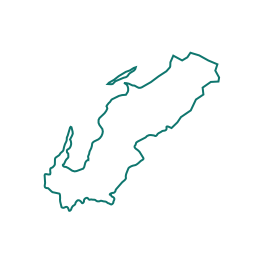 the Autonomous Province of Analanjirofo, rotated 214°
{"feature_id": "MDG-5863", "entity_name": "Analanjirofo", "entity_type": "Autonomous Province", "adm_level": 1, "iso_a3": "MDG", "parent_name": "Madagascar", "parent_adm1": "", "projection": "albers", "projection_center": [49.502, -16.347], "detail": "fine", "context": "isolated", "style": "outline", "palette": "teal", "viewbox_px": 256, "rotation_deg": 214, "n_neighbors": 0, "source": "natural_earth", "source_scale": "10m", "svg_char_len": 5082}
<svg xmlns="http://www.w3.org/2000/svg" viewBox="0 0 256 256"><g transform="rotate(214 128 128)"><path d="M177.0,96.8L175.3,97.0L171.9,94.0L170.6,92.4L170.1,90.2L169.7,86.5L169.6,86.0L168.7,85.6L167.7,84.8L166.8,83.8L166.2,83.0L165.8,82.1L165.4,80.9L165.2,79.7L165.2,78.5L165.6,77.3L166.1,76.3L166.2,75.4L165.5,74.3L165.0,73.8L164.6,73.6L164.2,73.5L163.6,73.5L163.2,73.3L161.2,70.6L161.1,69.7L161.5,67.4L161.5,66.1L160.9,62.4L161.0,62.0L161.3,61.6L161.4,61.1L160.9,60.4L160.6,60.3L159.3,60.2L157.4,61.1L154.9,61.4L150.3,61.4L148.0,62.2L146.5,63.6L142.4,69.3L142.5,71.2L144.0,75.4L144.1,76.5L144.0,77.5L143.3,79.5L143.1,79.5L143.6,80.4L144.4,81.2L145.2,82.1L145.7,84.6L146.7,87.0L147.2,90.7L147.9,92.9L148.9,94.9L149.1,95.7L148.9,97.0L148.4,98.2L146.2,102.0L145.6,104.1L145.5,106.6L146.0,109.0L146.9,111.0L148.7,112.8L153.3,114.5L155.3,115.8L156.9,118.2L157.2,120.3L155.7,127.1L155.6,129.9L156.0,132.5L157.2,133.6L158.0,134.0L158.1,135.1L157.9,138.0L157.6,139.0L157.5,139.6L157.5,142.1L157.2,143.0L153.5,149.5L151.4,151.9L148.3,154.4L148.4,157.8L148.9,159.3L150.0,160.9L151.5,162.3L153.0,163.1L154.6,163.3L156.5,163.1L154.4,164.3L152.1,165.2L148.1,165.8L146.3,166.8L142.8,167.1L141.4,167.4L140.3,168.2L139.4,169.3L134.7,178.8L131.5,188.0L127.9,196.5L127.2,201.7L127.5,202.8L129.6,206.2L130.9,213.3L120.9,214.3L118.3,219.8L118.3,225.3L109.6,228.0L99.1,228.9L89.5,230.8L87.7,224.4L80.7,220.8L79.0,217.1L85.1,212.5L88.7,203.2L84.2,197.9L87.6,189.6L85.8,177.7L90.2,166.7L90.2,160.3L91.9,152.3L95.3,151.7L95.8,151.5L96.4,151.2L96.7,150.8L96.7,150.4L96.5,150.1L95.9,149.3L95.5,148.7L95.4,148.2L95.4,147.7L95.7,147.0L96.0,146.5L96.4,146.1L97.1,145.5L97.7,144.9L98.0,144.4L98.7,142.7L99.6,141.1L99.9,140.3L100.1,139.6L100.1,138.7L100.1,138.0L100.4,137.1L100.8,136.7L101.2,136.5L101.6,136.5L102.0,136.4L102.4,136.3L105.2,134.9L106.6,133.8L107.6,132.2L107.8,131.7L107.9,131.3L108.0,130.5L108.3,129.7L112.5,122.0L112.8,121.1L113.0,120.5L112.9,120.1L112.8,119.7L112.4,118.6L112.3,118.2L112.4,117.4L112.4,117.0L112.3,116.5L112.1,116.2L111.9,115.9L111.6,115.7L110.9,115.4L110.1,115.2L107.3,115.1L105.1,114.7L98.5,111.7L98.3,111.5L98.0,111.2L97.9,110.8L98.0,110.1L99.0,107.8L99.6,105.3L99.6,105.1L100.3,103.0L100.8,101.9L101.2,101.3L102.9,99.5L103.9,98.1L104.8,96.3L105.0,95.7L105.1,95.2L105.0,94.3L104.1,90.1L103.7,88.6L103.1,87.2L102.7,86.5L101.8,85.4L101.6,85.1L101.5,84.7L101.5,84.2L101.5,83.8L101.6,82.9L102.5,79.7L103.6,70.7L103.6,70.3L103.6,69.9L103.5,69.5L103.3,69.2L103.2,68.7L103.1,68.2L103.2,67.2L103.4,66.7L103.6,66.3L104.8,65.3L105.5,64.3L105.9,63.7L106.0,63.2L106.0,62.9L105.8,62.6L105.5,62.6L104.9,62.8L104.5,62.9L104.2,62.7L103.9,62.5L103.6,62.3L103.2,62.2L102.9,62.2L102.1,62.3L101.7,62.4L101.3,62.4L100.8,62.3L100.5,62.2L100.1,62.0L99.9,61.8L99.6,61.5L99.3,60.8L99.2,60.4L99.1,60.0L99.0,59.1L98.9,58.7L98.5,58.1L98.4,57.6L98.4,57.0L98.6,56.0L98.9,55.5L99.2,55.2L100.0,55.0L101.8,54.8L102.6,54.5L103.0,54.5L103.4,54.5L104.2,54.6L104.7,54.6L105.1,54.5L105.5,54.4L107.5,53.4L109.0,52.9L109.7,52.6L110.0,52.3L110.3,51.9L110.7,51.3L111.0,51.0L111.4,50.7L112.0,50.3L112.3,50.2L112.7,50.0L113.1,50.0L113.6,49.9L114.5,50.0L115.0,50.0L115.6,49.8L117.6,48.6L118.3,48.3L118.7,48.1L119.4,47.4L119.6,47.1L120.0,47.0L120.4,46.9L120.8,46.9L121.9,47.3L122.4,47.3L122.9,47.2L123.4,46.8L123.7,46.4L123.9,46.0L124.2,45.3L124.2,44.8L124.3,44.4L124.2,43.9L124.1,43.5L123.9,43.2L123.5,42.6L123.4,42.3L123.3,41.8L123.3,41.3L123.4,40.7L123.6,40.3L123.9,40.1L124.3,40.1L124.6,40.2L125.7,40.6L126.6,40.8L127.5,40.8L128.0,40.7L128.5,40.5L129.1,40.1L129.3,39.7L129.5,39.3L129.7,37.9L129.7,37.0L129.6,36.6L129.5,36.2L129.3,35.7L129.2,35.4L129.2,34.9L129.3,34.4L129.9,32.8L130.1,32.4L130.1,31.5L130.1,30.6L129.7,29.0L129.6,28.5L129.6,27.9L129.8,27.1L130.1,26.7L130.4,26.5L130.8,26.6L131.1,26.8L132.7,28.0L132.9,28.1L133.2,28.2L133.6,28.3L134.0,28.4L134.5,28.4L134.9,28.2L135.4,27.8L136.6,26.0L136.9,25.7L137.2,25.5L137.6,25.4L138.2,25.2L138.8,25.2L143.0,29.0L144.4,30.7L145.0,31.8L146.6,34.0L147.4,34.8L148.1,35.2L148.5,35.1L154.2,32.8L154.6,32.6L155.3,32.6L156.4,32.7L159.8,33.3L160.6,33.4L161.0,33.2L162.0,32.6L162.5,32.5L163.1,32.4L163.5,32.5L163.9,32.6L164.2,32.9L164.7,33.4L166.0,36.1L170.7,42.2L170.8,42.7L170.9,43.1L170.8,43.4L170.5,43.7L170.2,43.9L169.9,44.1L168.1,44.9L167.7,45.1L167.4,45.3L167.2,45.6L166.7,46.1L166.9,46.7L167.3,47.5L168.8,49.3L169.3,50.2L169.6,50.9L169.6,51.3L169.5,51.6L168.7,52.9L168.5,53.2L168.2,54.9L168.1,55.8L168.2,56.3L168.2,56.7L168.6,57.4L171.1,61.3L171.4,62.1L171.4,62.5L171.4,62.9L171.3,63.3L170.0,66.6L169.9,67.0L169.8,67.4L169.9,69.3L169.8,69.7L169.1,72.5L169.1,73.0L169.2,73.6L170.3,76.3L171.2,79.3L171.5,81.6L171.7,82.7L172.1,83.8L172.5,84.5L173.1,85.4L173.4,86.0L173.5,86.6L173.7,87.9L176.4,96.4L176.9,96.8L177.0,96.8ZM164.6,159.7L164.8,158.6L165.0,157.5L165.2,156.3L165.8,155.4L166.7,154.7L169.4,153.1L169.1,154.9L166.5,160.2L164.7,165.8L161.2,173.3L158.7,176.7L156.8,181.0L155.5,182.7L154.9,180.7L155.2,178.8L156.9,175.1L157.2,174.1L157.4,173.2L157.4,171.1L157.7,169.9L158.2,168.9L159.8,167.1L164.6,159.7Z" fill="none" stroke="#0f766e" stroke-width="2"/></g></svg>